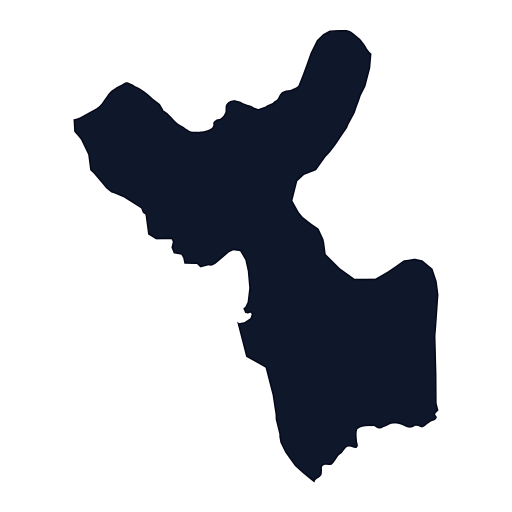 At Tawilah, Al Mahwit, Yemen
{"feature_id": "15242507B28032401565886", "entity_name": "At Tawilah", "entity_type": "district", "adm_level": 2, "iso_a3": "YEM", "parent_name": "Yemen", "parent_adm1": "Al Mahwit", "projection": "orthographic", "projection_center": [43.765, 15.463], "detail": "fine", "context": "isolated", "style": "filled", "palette": "ink", "viewbox_px": 512, "rotation_deg": 0, "n_neighbors": 0, "source": "geoboundaries", "source_scale": "gbopen_adm2", "svg_char_len": 4620}
<svg xmlns="http://www.w3.org/2000/svg" viewBox="0 0 512 512"><path d="M437.6,410.2L436.0,403.7L435.9,403.4L435.7,374.5L434.7,335.8L435.3,328.6L436.2,316.1L437.7,294.7L436.0,281.5L431.9,269.2L422.0,261.0L414.6,259.4L409.0,260.4L406.9,260.7L406.7,260.7L405.9,260.8L404.0,261.1L396.4,266.5L388.5,271.9L379.7,277.0L375.5,279.4L374.3,279.4L360.7,279.5L354.3,279.5L339.5,268.9L325.0,254.5L323.6,243.5L322.8,239.5L318.0,229.2L310.1,223.7L302.1,217.4L298.2,212.6L291.6,200.8L295.8,184.1L296.7,180.6L297.4,180.1L303.6,174.3L315.6,169.6L324.9,156.6L329.2,152.0L333.7,146.2L336.6,142.2L341.1,135.3L342.6,133.1L346.5,127.5L347.6,124.6L354.1,112.5L355.8,107.3L358.3,100.7L360.0,95.5L364.8,86.0L369.5,67.9L370.7,54.0L369.8,53.3L369.6,53.2L368.4,51.8L367.2,50.2L366.1,48.8L365.3,47.2L364.3,45.6L362.8,43.5L361.6,42.0L360.5,40.5L359.2,39.1L357.8,38.0L356.3,36.8L355.8,36.3L354.8,35.5L353.4,34.3L351.9,33.2L350.3,32.1L349.7,31.7L346.1,30.7L337.7,30.8L329.8,31.3L323.6,34.7L317.5,40.6L311.3,53.1L308.2,61.9L303.3,75.3L299.8,84.1L299.0,86.1L297.7,87.3L296.1,88.3L295.2,88.7L294.2,89.1L292.4,90.0L290.7,90.7L288.3,91.0L286.4,91.2L284.7,91.8L282.6,92.7L281.2,94.1L279.9,96.1L279.1,97.8L278.1,99.6L276.3,101.1L274.7,102.0L273.1,103.6L270.1,104.9L267.5,106.0L265.9,107.2L263.5,108.0L259.1,109.6L257.9,109.8L256.2,109.1L253.6,108.2L250.8,106.5L249.0,106.0L247.1,105.5L245.5,104.9L243.3,104.1L241.7,103.3L240.0,102.3L238.3,101.9L237.1,101.6L234.5,100.9L234.3,100.9L232.4,101.3L230.8,101.6L229.0,102.6L227.7,103.8L226.7,105.2L226.3,107.0L226.3,108.9L226.3,110.9L226.0,112.7L225.2,114.3L224.2,116.0L223.0,117.4L220.6,119.4L219.9,119.6L217.1,120.1L214.9,121.7L214.2,122.5L214.0,123.1L214.1,124.7L213.9,126.1L213.0,127.9L211.6,129.1L209.7,130.1L208.0,130.9L206.6,131.2L205.5,131.6L204.1,131.9L202.4,132.2L200.4,132.3L198.8,132.6L196.9,132.5L195.0,132.5L193.0,132.5L191.2,132.3L189.8,131.9L189.5,131.8L187.7,130.7L187.4,130.4L186.0,129.7L184.6,128.7L183.3,127.6L181.7,126.7L180.2,125.9L178.6,125.0L177.2,124.0L177.1,123.9L175.7,122.7L174.2,121.3L172.6,119.6L172.0,118.9L171.3,118.0L169.8,116.6L168.3,115.1L167.0,113.7L165.2,112.5L163.5,111.3L162.9,110.9L162.7,110.9L162.2,109.4L159.3,104.5L156.8,102.6L153.4,100.0L152.6,99.5L150.9,97.8L147.0,94.4L143.6,91.8L143.1,91.5L139.5,89.1L136.9,87.7L135.6,87.3L132.2,85.1L127.6,83.1L127.4,83.0L125.7,83.1L123.8,84.2L121.5,85.6L119.5,86.5L117.0,87.8L116.5,88.1L114.2,89.8L113.9,89.9L111.7,91.4L108.9,94.5L106.8,97.6L105.8,98.9L102.4,103.9L99.7,106.8L96.6,109.1L80.0,118.2L76.0,119.6L74.3,119.9L74.9,131.2L75.3,131.8L77.8,134.6L78.5,135.4L81.6,139.3L81.9,139.9L88.9,154.4L90.9,169.8L94.2,172.9L103.7,184.1L106.6,187.7L111.7,191.8L114.1,192.5L124.3,196.8L141.8,207.9L143.4,212.2L146.2,214.2L146.2,214.4L148.1,228.6L148.8,234.0L156.3,238.6L164.7,238.5L172.1,238.5L173.6,241.7L172.2,247.4L174.3,252.7L181.8,254.0L183.9,257.6L185.0,263.0L197.3,263.3L200.7,266.6L208.6,264.5L209.7,264.9L211.9,264.8L215.1,263.1L221.9,257.4L228.6,251.6L232.6,249.8L233.2,249.5L240.6,250.5L246.0,259.7L248.5,271.0L250.0,288.1L248.3,302.3L245.9,307.3L244.2,308.6L245.7,312.2L247.9,312.8L250.5,311.7L252.6,313.8L251.1,318.6L244.7,322.9L238.9,324.0L238.4,323.6L246.8,356.3L262.6,365.1L266.2,367.2L273.3,394.9L276.3,414.6L276.4,419.2L280.1,434.2L280.1,436.8L281.1,442.3L285.9,452.1L295.5,465.5L303.6,472.8L312.0,479.7L314.0,481.3L314.7,479.7L316.3,478.2L318.1,477.2L319.8,475.8L320.0,475.5L320.9,474.3L321.1,472.5L321.2,470.7L321.2,468.6L321.2,466.7L322.4,465.1L324.0,464.2L325.7,464.0L327.5,464.1L329.3,464.3L331.1,464.1L332.6,462.7L333.7,461.2L335.1,459.2L336.1,457.7L337.3,455.9L338.5,454.5L339.9,453.5L341.4,452.3L342.6,450.6L343.8,449.1L345.3,447.3L347.0,446.0L348.9,445.8L350.9,445.9L352.6,446.5L354.4,447.1L355.7,447.2L356.2,447.2L357.1,445.7L356.9,443.9L356.4,442.2L356.2,440.4L356.0,438.1L355.9,436.0L355.8,434.3L355.9,432.5L356.1,430.8L356.8,428.5L357.4,428.2L359.4,427.0L361.1,426.3L362.9,425.9L364.0,425.7L364.7,425.6L366.5,425.4L367.5,425.4L368.5,425.3L370.5,425.3L372.7,425.3L374.4,425.3L376.1,426.4L377.7,427.4L379.4,427.8L379.6,427.8L381.2,427.5L383.2,426.4L385.2,425.7L386.1,425.3L386.1,425.7L386.4,425.1L387.1,424.8L388.7,424.0L390.3,423.2L392.7,422.8L394.5,422.7L396.4,422.7L398.4,423.1L399.7,423.4L400.1,423.5L401.9,424.1L403.7,424.8L405.4,425.7L407.1,426.4L409.2,426.9L409.5,426.9L411.1,426.8L413.0,426.2L413.9,425.5L414.4,425.1L416.7,425.0L418.6,425.3L418.8,425.4L420.3,426.1L422.0,426.7L423.7,425.9L425.2,424.8L426.9,423.3L428.4,422.4L430.0,421.1L431.9,420.3L433.8,419.7L435.3,418.7L436.1,417.2L435.1,415.8L434.2,414.2L435.1,412.6L436.3,411.4L437.6,410.2Z" fill="#0f172a" stroke="#020617" stroke-width="1.5"/></svg>